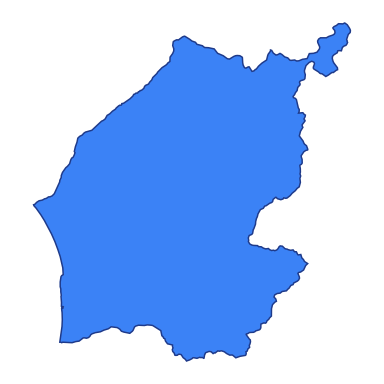 Chincha, Ica, Peru
{"feature_id": "86281439B74998142298356", "entity_name": "Chincha", "entity_type": "district", "adm_level": 2, "iso_a3": "PER", "parent_name": "Peru", "parent_adm1": "Ica", "projection": "mercator", "projection_center": [-75.886, -13.298], "detail": "fine", "context": "isolated", "style": "filled", "palette": "blue", "viewbox_px": 384, "rotation_deg": 0, "n_neighbors": 0, "source": "geoboundaries", "source_scale": "gbopen_adm2", "svg_char_len": 5876}
<svg xmlns="http://www.w3.org/2000/svg" viewBox="0 0 384 384"><path d="M33.6,204.7L33.9,205.7L36.3,208.4L40.9,214.9L44.5,220.7L51.5,233.9L55.0,241.8L58.0,249.9L60.2,256.6L62.8,267.9L63.2,274.6L61.7,275.6L61.0,276.7L60.2,282.0L60.2,286.7L60.8,289.0L60.8,291.9L61.3,295.3L61.0,296.4L61.5,302.7L61.4,306.4L61.8,306.9L62.1,306.5L62.8,306.6L62.4,307.0L62.9,307.1L63.1,307.9L62.2,308.5L61.9,307.5L61.6,308.5L62.1,312.7L62.3,319.9L62.0,326.5L59.8,342.2L60.7,342.2L61.8,342.7L62.6,342.2L72.1,342.7L75.7,341.6L79.1,341.1L83.1,338.0L84.0,337.8L86.6,338.2L88.6,337.5L89.9,336.3L90.8,334.7L92.1,333.8L95.2,332.7L100.4,331.8L104.0,330.1L108.3,328.8L111.2,326.8L117.3,327.6L119.8,329.2L121.4,331.2L123.9,332.1L129.8,333.3L132.4,331.2L133.2,330.1L134.5,327.0L135.7,326.1L138.5,325.2L144.3,325.5L147.3,324.9L151.1,325.2L152.7,325.5L160.8,330.6L161.9,335.8L162.9,336.6L163.7,338.2L164.8,338.7L165.5,341.1L167.5,343.8L172.5,345.0L172.5,346.6L173.0,347.9L172.3,349.6L172.7,351.4L174.3,353.3L174.8,355.1L175.8,355.4L177.4,355.2L178.5,354.3L179.1,354.2L181.2,354.6L183.1,357.6L185.4,359.4L186.5,361.0L189.7,359.9L192.1,358.6L192.7,357.9L193.7,357.7L197.0,358.3L199.7,357.3L200.7,357.6L202.4,357.5L203.7,358.3L204.0,358.2L204.7,354.4L205.2,353.9L205.3,353.2L205.9,352.6L209.1,351.4L211.2,351.8L213.1,353.6L214.4,352.8L215.1,353.0L217.8,350.9L219.4,351.2L221.5,350.8L224.4,351.8L226.4,353.4L229.7,355.1L231.7,355.0L232.7,355.2L235.8,357.8L240.1,356.3L245.3,355.4L245.9,354.9L246.2,353.6L246.0,351.7L247.2,351.1L247.9,349.0L249.6,347.4L249.3,345.2L249.9,344.2L250.5,341.8L250.3,339.9L249.3,339.0L247.3,336.2L246.2,334.6L246.4,333.9L247.6,333.7L249.5,332.5L253.5,332.3L254.9,331.7L255.7,330.9L259.4,329.8L260.0,329.4L260.8,327.9L260.9,324.1L263.9,322.9L265.3,323.2L266.3,322.6L267.0,320.8L268.8,319.3L269.5,318.0L271.4,316.1L271.5,308.7L272.5,304.7L274.8,302.2L276.4,301.3L275.8,299.0L274.0,297.0L274.7,294.9L277.2,293.5L280.2,293.1L282.1,291.5L286.5,290.8L287.6,289.4L288.9,288.4L290.9,285.4L293.1,284.6L293.7,283.0L297.4,281.1L298.7,279.9L299.5,278.2L299.3,276.8L297.9,273.3L298.7,272.5L300.7,272.0L303.6,270.0L305.7,265.5L307.7,263.6L304.5,261.5L303.5,259.6L301.8,257.8L300.8,254.5L298.5,254.9L297.7,254.6L296.4,251.8L294.5,251.7L293.1,249.9L290.6,250.3L288.0,249.6L287.4,249.2L285.0,248.7L282.4,246.2L280.2,245.9L279.2,246.6L278.0,248.7L276.7,250.0L274.8,250.7L273.6,250.2L271.5,250.5L269.7,249.7L268.4,248.5L265.8,248.9L263.5,248.2L261.3,246.8L258.5,246.6L257.6,245.6L253.5,245.4L251.7,245.0L249.7,243.9L248.4,241.6L248.7,240.3L248.3,237.9L249.2,235.5L251.8,234.4L252.6,233.4L253.3,229.5L253.8,228.9L255.5,224.2L255.7,221.5L256.5,218.4L257.3,216.8L258.0,213.9L260.4,209.6L263.3,208.3L264.7,206.1L266.2,205.7L269.6,203.3L271.7,202.5L272.6,201.6L273.2,199.3L275.7,197.3L276.2,197.4L277.4,198.7L280.8,199.7L283.0,199.0L283.7,197.9L285.9,198.3L287.1,198.0L290.2,195.6L292.1,193.3L295.3,190.7L297.1,188.4L299.2,186.9L300.4,182.3L299.9,178.4L300.7,176.0L300.0,173.9L300.4,172.1L300.3,168.5L299.8,165.6L300.0,165.1L301.5,164.2L302.2,163.0L302.1,159.3L301.3,157.0L301.2,155.7L303.9,151.7L305.9,150.4L307.6,150.0L307.8,149.3L306.5,145.7L304.6,144.2L303.8,143.0L303.1,141.1L299.3,135.9L300.5,131.3L302.9,127.3L302.2,126.0L302.2,124.7L305.0,121.0L305.0,120.3L304.3,119.8L304.0,118.9L305.1,116.7L305.4,115.1L304.0,114.2L303.1,112.9L302.6,112.7L298.5,113.1L299.2,111.3L299.2,109.4L298.3,107.9L296.4,99.6L295.4,98.4L293.4,97.6L293.1,96.4L294.6,94.6L295.4,92.7L297.1,90.6L297.7,87.5L299.9,85.0L300.1,84.0L299.5,82.5L299.7,81.5L300.8,80.7L303.9,79.7L304.9,78.7L305.3,74.7L304.5,72.0L304.5,70.3L306.0,65.6L309.0,62.6L311.5,61.3L312.8,61.6L314.1,62.4L314.5,63.8L313.3,67.2L313.4,68.4L314.0,69.1L318.5,71.9L319.8,73.2L320.5,73.6L322.1,73.8L325.8,76.5L328.3,75.1L331.9,72.5L333.4,72.5L336.2,70.3L337.6,69.7L337.4,67.7L333.8,62.9L333.0,61.2L332.3,58.5L332.5,56.4L333.8,54.9L337.3,52.7L337.7,50.9L339.0,50.6L341.4,50.8L342.4,47.4L344.3,45.9L345.9,45.4L346.8,44.2L347.6,42.3L347.1,41.5L347.1,40.5L346.7,39.8L346.7,39.2L348.3,34.4L350.1,32.6L350.3,31.9L350.4,30.3L349.6,28.4L347.3,24.8L345.1,23.2L344.6,23.0L342.8,23.9L338.7,23.7L338.1,24.0L336.5,25.4L334.0,26.6L332.9,27.8L333.1,28.6L334.7,30.5L335.0,32.6L334.4,34.0L332.7,35.1L328.8,36.4L326.3,37.8L320.5,37.8L318.6,39.1L317.6,41.0L317.8,42.6L319.7,46.9L319.6,48.2L319.3,49.1L317.0,52.2L313.6,53.3L309.3,53.6L307.1,58.6L302.5,59.3L298.9,60.8L296.6,61.0L294.7,60.0L290.9,60.4L289.8,60.1L287.8,57.9L284.7,56.9L281.8,54.4L280.0,53.4L277.6,54.7L275.9,55.0L273.3,53.1L271.7,50.4L270.5,50.0L270.4,51.2L268.2,54.2L267.7,55.5L266.6,60.0L261.8,63.2L258.5,66.2L256.3,69.1L255.4,69.4L253.9,70.9L252.0,71.4L249.2,66.9L248.2,66.9L246.0,68.1L244.9,67.9L244.2,67.2L243.1,64.9L242.7,62.8L242.4,57.6L242.0,57.0L239.8,55.7L237.2,55.5L235.6,55.7L233.8,56.4L229.4,59.1L227.3,58.7L223.2,55.7L217.6,53.3L214.2,48.9L208.5,47.7L204.6,47.5L202.3,45.7L196.9,44.3L195.5,42.3L191.9,41.0L189.6,39.2L185.1,36.4L184.3,36.2L182.5,36.9L178.5,39.9L176.7,39.8L175.3,40.4L173.4,41.5L173.2,42.1L172.7,45.6L173.8,48.9L173.7,51.1L172.6,53.6L170.1,57.1L169.9,61.5L167.7,63.1L166.8,64.4L165.5,65.4L162.1,67.6L157.5,72.3L157.0,73.4L152.8,77.5L151.7,80.0L149.7,82.1L148.5,84.1L145.5,85.4L144.6,86.4L143.8,88.4L141.5,90.3L140.1,90.6L139.6,91.4L138.4,91.8L137.6,93.0L136.0,93.1L134.4,94.3L133.7,94.4L132.9,96.0L130.0,98.8L123.5,103.3L121.8,103.6L121.6,104.7L121.0,105.2L119.8,105.2L118.7,105.8L116.2,108.0L115.4,109.2L112.4,111.2L109.8,113.8L107.1,115.4L105.2,118.9L103.3,120.4L101.5,121.2L91.8,130.3L85.4,132.1L83.7,133.3L82.3,135.0L79.6,136.4L77.8,138.2L77.0,142.2L75.4,146.7L74.3,151.5L75.0,152.7L74.1,155.3L73.0,157.4L71.7,158.1L70.8,159.8L69.6,163.8L67.4,166.4L65.8,167.7L62.5,172.4L61.3,175.5L61.2,177.5L59.9,180.2L59.6,182.1L54.3,193.7L52.1,195.9L50.0,196.8L48.5,196.9L46.3,198.4L44.6,198.8L42.3,200.1L39.0,200.8L36.7,202.3L34.6,204.5L33.6,204.7Z" fill="#3b82f6" stroke="#1e3a8a" stroke-width="1.5"/></svg>